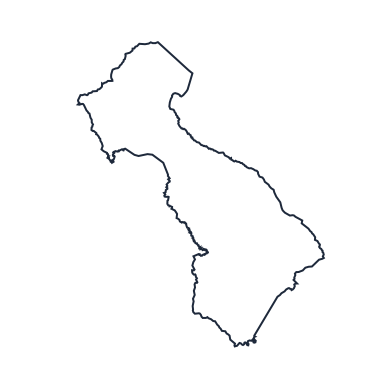 the district of Bugaba, Chiriquí, Panama, rotated 312°
{"feature_id": "35544464B94237037415944", "entity_name": "Bugaba", "entity_type": "district", "adm_level": 2, "iso_a3": "PAN", "parent_name": "Panama", "parent_adm1": "Chiriquí", "projection": "mercator", "projection_center": [-82.702, 8.679], "detail": "fine", "context": "isolated", "style": "outline", "palette": "slate", "viewbox_px": 384, "rotation_deg": 312, "n_neighbors": 0, "source": "geoboundaries", "source_scale": "gbopen_adm2", "svg_char_len": 6081}
<svg xmlns="http://www.w3.org/2000/svg" viewBox="0 0 384 384"><g transform="rotate(312 192 192)"><path d="M180.7,48.7L181.5,49.9L184.0,51.4L184.5,52.2L184.3,53.5L182.0,59.1L181.9,60.8L181.4,62.1L181.7,63.3L179.3,66.8L178.6,69.1L176.6,71.0L175.9,73.3L174.8,73.5L173.9,74.2L172.8,74.2L170.8,75.8L170.9,77.3L171.6,78.1L171.8,81.4L170.8,82.1L171.2,82.9L170.8,85.6L170.1,86.9L170.2,88.1L168.8,89.6L168.1,92.0L166.4,94.9L163.1,96.2L163.2,99.1L164.2,102.6L163.5,103.2L163.9,103.8L163.8,104.5L162.7,105.4L163.0,106.1L162.4,106.0L161.9,106.7L161.3,106.2L160.8,106.3L161.0,107.5L161.6,107.2L161.8,107.5L161.1,108.3L160.7,110.0L161.4,110.8L160.4,111.2L160.7,111.7L160.2,111.9L160.4,112.6L160.2,113.0L162.0,113.5L163.0,111.7L164.3,111.9L166.6,110.8L166.8,110.2L166.0,109.3L166.1,108.9L166.7,108.7L167.0,108.1L168.9,108.1L168.7,107.0L169.2,106.9L171.2,107.8L172.1,109.5L173.7,109.8L173.5,110.4L174.4,110.4L176.9,111.4L177.3,111.9L176.9,112.9L177.1,113.3L178.6,112.8L179.5,113.4L181.1,124.4L183.0,128.2L190.4,133.6L193.2,137.6L194.5,151.1L188.8,162.6L187.8,163.3L187.2,166.2L185.5,165.8L185.3,168.1L184.8,168.5L183.4,168.1L180.6,168.1L180.0,169.6L178.4,169.7L178.5,171.0L177.8,171.6L176.0,171.2L174.2,172.5L172.6,171.8L172.4,173.7L170.7,173.9L170.3,174.7L171.0,175.9L172.6,177.5L172.7,178.0L169.9,179.7L169.1,179.6L166.7,181.6L166.2,183.3L166.8,184.3L166.3,184.9L167.0,185.4L167.6,187.2L166.7,187.9L165.8,188.0L166.8,191.5L166.3,193.6L165.7,195.6L162.3,198.0L162.8,199.5L162.9,201.2L162.0,202.7L162.3,204.2L162.6,204.4L162.5,204.9L163.6,205.3L163.8,206.4L164.5,206.6L164.7,207.4L164.2,207.7L164.2,208.5L164.5,208.9L163.3,210.3L162.3,212.2L162.9,213.5L162.0,214.1L162.6,214.6L161.4,215.4L161.8,215.9L161.3,216.1L161.5,217.3L160.8,217.3L161.3,217.8L161.2,218.5L160.5,218.5L160.8,219.2L159.1,220.6L159.6,222.2L159.0,222.6L158.8,223.4L158.3,223.3L158.5,224.0L157.9,224.2L156.7,226.1L157.5,226.3L156.3,228.7L157.1,230.0L156.6,230.3L156.8,230.9L156.5,231.7L156.8,232.3L156.2,232.8L156.4,233.4L156.0,233.9L156.2,234.5L155.8,234.7L156.5,235.0L155.8,235.3L156.0,235.6L155.5,235.8L156.0,236.2L155.5,236.5L156.3,236.8L155.6,237.1L156.5,238.5L156.1,238.9L156.7,239.3L157.6,238.9L157.9,239.8L157.4,239.9L157.4,240.3L158.6,240.7L158.7,241.7L158.1,242.7L157.9,244.1L157.2,245.0L157.5,244.1L156.8,244.0L156.8,243.3L156.2,244.0L154.7,243.1L154.3,243.5L153.5,243.2L153.5,242.5L152.7,242.1L151.4,242.1L150.6,241.3L150.9,240.9L150.2,239.8L150.9,239.3L150.4,238.5L145.2,236.1L143.9,239.3L140.8,239.9L137.6,241.5L136.0,245.8L135.0,245.8L133.9,244.4L132.5,245.8L131.9,247.0L131.9,248.8L132.9,249.5L132.7,250.3L131.5,251.7L131.2,253.4L129.6,253.6L128.5,256.4L127.9,256.5L126.7,255.3L125.1,255.7L123.1,258.1L119.8,259.5L117.3,262.9L113.3,264.2L111.8,266.4L107.7,268.8L105.3,271.5L104.6,271.8L103.6,273.4L103.5,275.6L106.5,278.3L106.9,279.2L106.6,280.9L105.7,282.5L105.6,284.3L107.7,286.6L109.3,287.2L109.2,288.6L110.2,291.3L110.3,294.1L111.4,295.7L110.3,299.4L110.2,301.9L109.6,302.9L109.6,304.7L108.8,307.1L110.8,310.0L110.0,312.4L110.4,314.2L110.4,316.0L107.9,319.2L108.1,325.4L106.4,326.2L105.9,327.1L107.9,328.4L111.6,328.3L112.2,329.5L112.1,331.4L112.4,332.3L113.6,332.6L115.1,331.8L115.8,332.1L116.0,332.9L115.2,335.6L115.7,336.4L116.8,335.8L117.4,334.0L118.6,333.4L120.1,334.0L121.3,335.8L123.3,335.8L123.6,336.4L123.3,337.2L121.8,337.7L121.4,338.4L121.7,339.1L122.7,339.7L124.1,338.9L124.1,337.3L124.8,335.6L125.9,335.2L126.7,335.6L126.5,334.8L126.9,334.4L171.4,325.6L174.3,326.3L176.6,326.2L180.1,327.3L182.5,327.2L184.8,327.9L185.5,328.4L185.5,329.2L186.2,330.4L185.7,331.6L187.0,332.1L188.8,332.1L190.8,331.4L191.7,329.9L193.2,330.2L194.3,331.3L194.6,326.3L196.1,326.3L196.8,325.3L199.4,324.4L200.2,323.1L202.3,323.1L203.9,324.8L207.8,326.8L211.6,326.9L214.5,328.7L216.9,331.0L226.7,331.7L229.5,333.5L231.2,334.1L231.7,332.3L233.6,331.8L234.8,330.0L234.7,329.1L235.8,328.2L235.7,327.3L236.2,326.2L235.9,324.8L236.3,323.2L236.8,322.9L237.4,323.0L238.6,322.1L238.6,320.9L239.5,318.0L238.7,315.4L240.8,313.8L241.7,310.4L241.6,309.0L242.2,307.5L242.0,306.1L242.7,303.1L242.1,294.5L244.6,293.0L242.8,285.5L242.8,283.6L242.2,282.4L240.0,280.5L238.8,275.0L238.9,272.8L239.1,271.4L240.2,269.2L243.4,264.5L244.9,257.8L246.8,253.4L248.3,251.1L247.8,248.5L248.0,246.0L248.7,244.0L248.3,239.3L249.4,237.1L249.9,234.7L248.6,231.9L249.8,228.9L250.9,227.8L251.1,225.9L250.3,224.5L250.0,222.3L249.2,219.9L247.8,218.6L247.0,215.9L247.3,215.1L246.8,214.0L247.2,212.7L246.8,211.4L247.0,209.9L246.1,208.7L246.0,207.2L244.6,205.0L244.4,203.5L243.1,203.1L242.7,202.2L242.8,201.1L242.3,199.5L243.4,198.3L242.1,197.7L242.4,196.0L241.2,191.9L242.1,189.5L242.1,188.6L239.0,185.8L238.2,181.7L237.4,180.5L237.7,179.7L237.1,178.1L236.5,177.7L236.6,177.1L236.2,176.0L235.4,175.7L235.7,172.1L234.8,171.4L234.6,170.4L234.0,170.0L233.7,168.4L233.1,167.5L233.4,164.1L232.3,162.2L232.3,159.9L231.7,158.9L232.1,157.8L231.9,156.7L232.6,156.0L232.1,155.4L232.6,154.9L232.3,154.2L233.3,153.1L233.0,151.4L233.3,150.4L232.4,149.9L233.5,147.5L233.9,145.6L233.6,143.7L232.8,143.4L232.7,142.0L232.2,141.7L232.6,138.7L233.6,136.0L234.8,135.6L235.6,134.2L237.5,134.0L237.8,133.6L238.1,131.9L237.6,131.8L237.6,131.2L238.7,130.1L238.6,128.6L239.6,127.4L239.8,125.5L240.3,124.9L240.8,123.2L239.2,120.3L240.4,117.9L243.7,115.6L247.1,114.0L249.5,113.5L250.3,112.6L252.6,112.4L254.2,113.3L255.4,115.7L255.9,118.0L255.4,119.1L255.9,120.2L258.2,120.7L262.9,120.6L265.2,120.2L280.5,112.9L280.2,108.3L280.5,66.4L278.0,65.1L276.3,63.1L275.6,61.2L273.3,60.5L270.4,58.2L266.9,53.7L263.6,53.6L262.1,52.7L260.1,53.1L258.8,51.9L257.3,53.1L253.9,52.6L250.2,50.2L249.5,50.5L248.8,51.6L245.8,53.2L244.5,52.9L243.1,53.8L241.4,53.7L239.7,54.1L237.8,53.8L236.2,54.3L234.4,54.0L232.7,52.6L230.1,51.3L229.4,51.3L225.3,53.3L223.8,54.5L222.7,55.7L222.0,57.8L221.3,58.5L218.3,55.2L216.2,54.9L214.2,53.7L213.3,53.7L212.6,53.2L212.5,52.5L210.3,54.4L209.4,54.7L206.5,54.4L205.1,53.4L203.4,53.8L200.3,50.8L198.7,50.9L196.1,49.1L194.7,49.5L193.7,49.2L192.8,47.0L190.6,45.7L189.4,44.3L183.9,45.9L183.0,47.1L182.8,48.8L180.7,48.7Z" fill="none" stroke="#1e293b" stroke-width="2"/></g></svg>